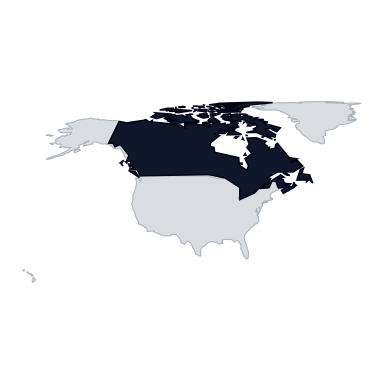 Canada highlighted, Equal Earth projection
{"feature_id": "CAN", "entity_name": "Canada", "entity_type": "country or territory", "adm_level": 0, "iso_a3": "CAN", "parent_name": "North America", "parent_adm1": "", "projection": "equal_earth", "projection_center": [-89.555, 62.395], "detail": "fine", "context": "with_neighbors", "style": "filled", "palette": "ink", "viewbox_px": 384, "rotation_deg": 0, "n_neighbors": 2, "source": "natural_earth", "source_scale": "50m", "svg_char_len": 11435}
<svg xmlns="http://www.w3.org/2000/svg" viewBox="0 0 384 384"><path d="M140.8,175.8L208.4,175.8L208.4,174.6L209.3,174.5L209.6,176.3L210.4,176.8L214.6,177.5L217.0,178.5L219.0,178.0L222.8,178.8L225.0,177.9L233.7,182.4L234.0,183.2L234.6,183.6L234.4,183.9L235.6,183.6L236.2,184.9L237.3,185.3L237.0,185.9L239.7,187.4L240.9,193.2L238.6,198.2L238.9,199.0L239.8,199.6L249.2,195.6L248.5,193.6L249.6,193.1L254.4,193.0L255.2,191.8L259.1,188.5L267.5,188.5L267.7,187.7L269.5,187.0L270.7,183.1L272.3,180.6L273.2,181.5L274.8,180.9L276.0,181.9L276.6,186.2L279.0,189.2L271.5,192.9L270.0,195.6L270.1,197.3L271.1,199.1L272.2,199.2L271.8,198.0L272.7,198.7L272.5,199.7L265.2,201.1L263.1,202.1L266.8,201.4L267.7,202.1L264.1,203.1L262.5,203.1L262.5,202.7L261.8,203.6L262.6,203.8L262.2,206.2L260.5,208.9L260.2,208.0L258.7,207.0L259.4,208.8L260.1,209.4L260.2,210.7L258.1,214.9L258.5,212.4L257.1,211.0L256.6,208.2L256.2,209.7L256.9,211.9L255.1,211.3L257.0,212.4L257.3,215.8L258.1,216.0L259.0,220.7L257.5,223.4L254.7,224.4L253.1,226.5L251.7,226.8L250.4,228.1L250.1,229.3L247.2,231.6L244.5,235.5L244.2,238.1L244.7,240.6L247.0,246.4L247.1,248.0L248.5,252.3L248.4,256.2L247.8,258.5L247.0,259.0L245.6,258.5L245.1,256.9L244.0,256.0L240.7,248.5L241.2,246.1L240.4,244.0L238.1,241.0L237.1,240.4L234.3,242.1L232.5,240.2L230.7,239.3L227.6,239.7L225.2,239.3L222.0,240.2L222.5,241.1L222.4,242.6L223.0,243.3L222.5,243.8L221.5,243.3L220.4,244.0L218.4,243.9L216.4,241.9L214.0,242.4L212.0,241.5L207.9,242.6L205.4,245.4L202.6,247.0L201.0,248.7L200.4,250.4L200.3,253.0L200.9,256.0L199.8,256.1L195.7,254.2L194.4,249.8L192.8,247.7L190.7,243.0L188.8,241.5L186.5,241.6L184.7,244.5L182.4,243.4L181.1,242.3L179.7,238.4L175.9,234.3L171.2,234.3L171.1,235.8L163.5,235.9L153.5,231.6L153.8,230.8L147.2,231.5L147.0,229.7L145.5,227.6L144.2,227.2L144.1,226.2L142.6,226.0L141.7,225.0L139.3,224.7L138.7,224.1L138.6,222.1L136.5,218.6L134.9,213.7L135.1,212.9L132.6,208.9L132.6,206.1L131.6,204.2L132.6,201.4L133.0,198.5L132.7,195.9L134.2,192.8L136.0,186.8L136.4,182.5L135.7,178.3L136.2,177.7L139.5,178.8L140.2,181.8L141.0,180.9L140.8,175.8ZM119.3,121.3L108.6,143.2L110.8,143.3L112.6,144.0L115.0,146.9L117.7,145.4L120.3,144.5L120.9,145.9L123.7,148.2L125.7,153.3L129.0,155.1L128.5,156.9L126.8,158.3L124.1,156.3L124.3,153.9L122.1,151.6L121.7,149.0L116.1,148.8L113.8,148.0L110.3,145.2L104.9,143.8L101.7,144.0L95.9,141.7L93.1,142.2L92.7,144.0L88.6,144.8L83.4,146.2L83.9,144.7L86.2,142.1L89.0,141.3L88.7,140.7L85.2,142.1L82.7,143.8L78.5,145.7L79.5,147.0L76.4,148.9L70.6,150.9L69.4,152.2L65.1,153.6L63.7,154.9L60.4,156.1L58.9,155.9L51.0,158.6L46.6,159.5L46.5,159.0L55.8,155.2L58.8,154.9L60.6,153.7L64.6,152.1L67.6,150.5L69.2,148.5L71.2,146.9L68.1,147.7L67.7,147.2L65.9,148.2L65.2,146.8L64.1,147.8L64.0,146.5L61.1,147.5L59.8,147.5L60.5,145.9L61.5,145.0L60.6,144.0L57.4,144.5L55.2,142.7L56.2,141.2L55.2,140.1L57.0,138.7L59.7,137.3L61.4,136.0L63.2,135.8L64.4,136.2L66.9,135.0L68.3,135.2L70.5,134.5L70.8,133.4L69.9,133.0L72.1,132.1L68.2,132.6L67.2,133.1L65.9,132.6L62.7,132.9L60.0,132.3L59.8,131.4L58.1,130.0L67.2,128.0L68.9,128.0L67.8,129.1L72.3,129.0L71.6,127.6L69.7,126.8L67.8,124.8L65.5,124.1L67.5,123.0L71.1,122.9L74.4,122.0L75.6,121.0L78.4,120.1L84.9,119.0L86.6,119.1L90.4,118.1L93.1,118.5L93.9,119.3L95.0,119.0L98.3,119.1L97.9,119.5L100.7,119.9L102.8,119.7L111.7,120.7L114.6,120.4L119.3,121.3ZM47.2,134.5L48.1,134.9L49.6,134.7L52.8,135.6L50.4,136.4L48.7,135.4L46.7,135.6L46.3,135.4L47.2,134.5ZM34.3,278.0L35.7,280.1L32.9,282.4L32.3,281.9L32.2,279.4L33.0,278.3L33.1,277.2L34.3,278.0ZM33.0,275.3L31.7,276.1L31.1,274.7L31.4,274.4L33.0,275.3ZM31.1,273.8L31.0,274.2L29.5,274.1L29.7,273.6L31.1,273.8ZM27.9,271.7L28.7,273.2L28.5,273.4L27.3,273.2L27.0,272.2L27.9,271.7ZM24.4,269.8L23.9,271.1L23.0,270.4L23.7,269.7L24.4,269.8ZM52.6,143.0L54.2,143.2L53.7,144.2L52.1,144.6L50.1,143.4L52.6,143.0ZM78.4,149.4L79.8,149.6L80.3,150.5L74.9,152.8L74.1,152.1L74.4,150.8L78.4,149.4Z" fill="#d9dde1" stroke="#a8b0b8" stroke-width="1"/><path d="M298.3,102.4L304.0,101.9L310.2,101.9L312.3,101.7L318.5,101.6L332.7,101.7L344.3,102.3L341.3,102.6L325.0,102.7L326.0,102.9L332.3,102.8L337.9,103.1L341.1,102.8L342.9,103.2L341.4,103.7L345.7,103.4L354.0,103.0L359.6,103.2L361.0,103.6L354.3,104.3L353.5,104.6L347.9,104.7L352.1,104.8L349.9,106.4L351.2,107.9L354.2,108.8L351.3,108.8L348.6,109.3L352.7,110.0L354.2,111.3L352.3,111.5L355.9,112.9L351.8,113.0L354.5,113.7L354.3,114.3L349.2,114.5L352.5,115.7L353.1,116.5L348.7,115.8L348.0,116.3L351.0,116.7L354.4,117.9L356.3,119.4L353.0,119.8L347.8,117.9L349.3,119.2L347.7,120.3L355.8,120.5L347.3,123.8L339.6,124.6L337.9,125.4L336.4,127.7L332.7,129.3L326.1,130.5L325.0,131.9L325.7,133.6L325.4,135.2L322.7,137.1L324.4,139.1L324.1,143.7L321.1,143.9L317.1,141.8L312.7,141.8L310.0,140.3L307.7,137.9L302.9,134.8L301.3,133.3L300.3,131.2L296.6,129.0L296.8,127.4L295.2,126.6L296.3,124.1L299.0,123.3L299.5,122.4L299.2,120.9L294.6,122.2L291.9,121.5L291.2,120.1L291.6,119.1L297.7,119.6L291.8,117.7L289.9,118.0L288.1,117.5L289.7,115.8L283.3,112.2L280.6,111.6L280.4,110.9L275.1,110.0L261.5,110.1L255.8,108.7L260.6,108.3L264.3,108.2L256.3,107.9L252.0,107.3L252.2,106.8L265.5,105.6L266.1,105.2L261.1,104.8L262.5,104.4L268.6,103.7L271.1,103.6L270.2,103.1L279.8,102.8L285.3,102.7L287.4,103.0L291.9,102.5L302.7,103.2L298.2,102.7L298.3,102.4Z" fill="#d9dde1" stroke="#a8b0b8" stroke-width="1"/><path d="M128.9,155.2L120.3,144.5L115.0,146.9L112.9,143.1L108.6,143.2L119.2,121.4L129.7,123.4L128.8,122.5L142.5,120.5L135.4,122.2L133.6,123.1L133.9,123.3L145.9,119.6L149.5,122.0L152.4,120.4L152.3,122.0L172.6,124.0L169.9,125.2L180.3,124.9L185.4,128.4L184.5,125.2L189.3,123.6L184.1,123.6L188.6,122.9L205.9,125.7L203.6,124.1L206.2,123.8L209.1,124.3L210.0,127.0L208.0,126.9L209.2,127.9L208.7,127.2L210.1,127.1L210.4,126.4L210.1,124.8L214.2,123.5L208.2,120.3L212.2,116.9L218.1,120.4L215.4,121.4L220.4,121.8L218.7,122.2L220.7,124.3L225.1,123.1L226.6,126.6L231.5,123.2L230.2,121.0L238.9,123.3L236.3,123.9L238.7,126.9L234.8,128.4L232.4,127.1L231.8,127.0L231.2,127.2L233.9,128.8L228.0,128.1L229.6,129.0L226.5,130.8L221.7,129.4L218.2,129.4L227.4,131.1L225.2,133.5L213.3,133.6L219.6,135.6L210.6,142.7L210.0,146.5L214.0,147.4L214.7,152.3L238.7,157.6L239.2,163.5L240.5,165.9L246.7,170.3L248.5,165.8L245.0,158.7L251.9,153.5L246.9,147.6L249.2,143.9L246.8,138.1L256.3,137.7L266.1,141.4L263.9,143.9L267.1,145.8L265.5,147.3L269.5,147.3L268.4,149.6L275.0,148.2L275.6,144.6L277.4,143.3L289.2,157.6L297.0,158.9L290.6,161.7L291.0,162.8L297.2,160.2L302.7,166.0L293.3,171.9L277.8,172.0L267.5,177.5L270.7,178.6L267.5,182.7L265.3,183.5L260.3,186.8L254.4,193.0L239.8,199.6L239.7,187.4L225.0,177.9L208.4,174.6L140.2,175.8L137.2,170.0L130.5,169.1L133.4,167.5L131.1,166.0L133.6,166.4L133.5,164.1L131.1,165.8L130.1,167.2L130.7,161.1L126.4,161.5L128.9,155.2ZM227.9,118.7L231.4,118.7L231.6,117.6L229.2,116.9L232.3,115.4L230.0,114.9L237.3,113.9L240.0,115.5L238.9,117.0L246.6,115.6L251.9,116.8L250.7,118.3L257.2,117.8L255.5,119.1L263.8,119.5L260.9,120.6L268.0,122.2L262.9,123.0L280.4,127.8L276.7,131.7L272.4,129.8L274.1,128.5L265.3,128.8L275.7,134.6L274.8,137.3L266.1,134.6L272.5,139.2L256.5,132.5L246.1,132.5L255.5,130.4L253.5,128.9L257.7,126.5L253.8,123.4L248.3,123.4L250.0,122.3L242.9,119.5L237.8,120.5L239.3,121.3L225.4,120.2L222.3,118.6L226.8,118.7L221.2,117.0L223.7,114.4L230.8,113.7L227.7,115.5L228.6,117.1L231.0,118.1L227.9,118.7ZM257.7,102.1L272.6,102.6L245.1,105.5L249.5,106.0L242.1,106.0L249.8,106.4L236.0,108.3L243.6,108.9L238.5,109.9L222.1,109.5L227.2,108.5L224.9,107.7L231.5,108.2L233.1,108.1L234.9,107.4L225.8,107.1L227.1,106.4L233.6,106.4L236.3,106.1L227.6,104.7L238.6,105.4L234.0,104.6L244.9,104.0L241.6,103.9L244.8,103.5L230.0,104.4L227.4,104.3L233.3,103.7L225.4,104.2L222.6,104.0L227.6,103.8L230.4,103.6L218.3,103.3L257.7,102.1ZM173.7,115.8L182.6,115.1L186.3,117.6L186.1,114.8L189.5,114.7L192.6,118.6L199.4,121.1L194.3,121.4L197.5,122.4L195.2,123.1L187.8,121.8L174.6,123.8L167.0,120.6L178.2,120.1L166.6,119.5L165.2,118.8L171.6,117.8L164.5,117.3L169.9,115.0L174.6,114.6L173.7,115.8ZM278.5,188.0L276.0,181.8L272.3,180.6L269.0,187.7L259.5,188.5L280.6,174.9L284.1,177.2L278.3,178.8L283.4,179.8L284.5,184.5L293.7,187.6L283.3,193.4L281.4,190.2L287.8,187.3L278.5,188.0ZM155.1,112.8L172.4,114.2L156.5,118.6L151.2,116.9L156.5,113.8L155.1,112.8ZM217.9,103.7L225.5,104.5L230.3,105.8L218.7,107.1L213.7,106.1L218.9,105.7L209.0,104.8L217.9,103.7ZM213.3,108.9L223.3,111.0L236.0,110.4L241.3,111.9L218.4,112.3L215.5,109.7L208.4,109.1L213.3,108.9ZM174.6,109.4L192.1,110.6L178.4,112.7L174.9,112.3L181.5,111.4L169.1,111.3L174.6,109.4ZM303.6,168.0L301.6,173.8L309.6,174.8L312.8,183.1L309.2,179.3L305.9,182.5L307.9,180.0L296.9,180.1L300.2,169.6L303.6,168.0ZM199.1,114.2L203.7,113.8L207.6,113.7L204.9,115.2L208.5,115.6L208.3,117.2L203.2,118.1L196.6,115.5L201.6,115.2L199.1,114.2ZM229.9,129.6L232.7,130.5L241.9,134.4L227.2,134.9L229.9,129.6ZM210.4,113.9L220.6,113.6L211.1,116.8L210.4,113.9ZM173.9,108.2L170.3,109.8L159.6,110.0L167.3,108.3L173.9,108.2ZM206.9,109.5L206.1,111.7L197.2,110.8L200.6,110.5L199.2,109.5L206.9,109.5ZM192.8,106.0L202.9,106.4L204.7,107.4L192.8,106.0ZM128.6,170.5L135.3,171.7L139.4,177.5L128.6,170.5ZM238.8,113.9L245.8,114.2L248.1,115.3L238.8,113.9ZM201.9,122.7L208.5,122.0L210.6,123.1L201.9,122.7ZM214.5,111.7L212.6,112.3L208.7,111.7L212.1,110.7L214.5,111.7ZM207.8,106.4L212.2,107.3L206.0,106.4L207.8,106.4ZM248.1,124.4L251.5,126.0L247.3,125.9L248.1,124.4ZM180.2,107.4L185.1,107.3L178.3,107.6L180.2,107.4ZM193.2,114.1L190.1,114.5L188.7,114.2L193.2,114.1ZM294.2,182.0L294.2,186.1L295.0,184.3L296.4,185.4L294.5,186.6L292.5,186.2L294.2,182.0ZM183.0,106.4L185.7,106.9L178.5,106.9L183.0,106.4ZM289.8,175.5L286.7,175.1L282.9,173.0L286.9,173.6L289.8,175.5ZM238.3,136.5L236.2,138.3L234.3,137.8L235.4,136.6L238.3,136.5ZM120.3,162.7L123.6,160.2L122.0,162.8L120.3,162.7ZM209.7,107.9L214.6,107.7L215.5,107.8L209.7,107.9ZM197.4,109.7L196.2,110.5L194.3,110.0L197.4,109.7ZM284.6,183.1L286.5,183.5L290.7,183.9L288.9,185.4L284.6,183.1ZM242.7,138.0L243.6,139.7L242.3,139.3L242.7,138.0ZM169.7,110.0L167.0,110.9L165.9,110.8L169.7,110.0ZM220.9,107.9L219.4,108.3L219.1,108.0L220.9,107.9ZM193.0,107.8L193.0,108.5L191.6,107.7L193.0,107.8ZM120.7,163.2L121.8,163.9L122.9,166.1L120.7,163.2ZM241.9,163.0L242.1,164.2L239.8,163.4L241.9,163.0ZM203.7,104.8L205.0,105.3L202.9,104.9L203.7,104.8ZM195.5,111.4L193.5,111.6L193.1,111.5L195.5,111.4ZM194.0,109.3L195.7,109.3L196.9,109.5L194.0,109.3ZM128.5,163.6L129.7,165.0L129.1,165.7L128.5,163.6ZM254.9,124.9L252.8,125.3L252.2,124.8L254.9,124.9ZM245.2,153.4L246.0,155.2L244.1,155.2L245.2,153.4ZM176.5,107.3L175.8,107.7L175.1,107.4L176.5,107.3ZM206.6,113.2L204.0,113.7L203.2,113.5L206.6,113.2ZM246.3,135.2L247.8,135.8L245.6,135.3L246.3,135.2ZM243.7,122.9L244.0,122.0L244.8,122.1L243.7,122.9ZM228.5,124.5L227.4,124.6L227.9,124.2L228.5,124.5ZM200.9,107.7L198.4,107.7L200.9,107.7ZM240.3,121.1L241.3,121.7L239.6,121.3L240.3,121.1ZM221.4,109.0L220.9,109.4L220.2,109.1L221.4,109.0ZM232.7,129.1L235.3,130.0L233.4,129.8L232.7,129.1ZM176.8,108.9L177.1,109.1L175.0,109.0L176.8,108.9ZM276.0,139.7L274.7,140.0L274.6,139.7L276.0,139.7ZM247.9,122.0L246.7,122.3L246.6,121.9L247.9,122.0ZM232.1,129.6L231.4,129.8L231.2,129.2L232.1,129.6ZM209.3,110.7L208.3,111.1L208.0,111.0L209.3,110.7ZM263.2,137.0L262.6,137.4L261.5,136.7L263.2,137.0ZM251.5,123.5L250.9,123.8L250.7,123.6L251.5,123.5ZM242.2,110.0L241.2,110.4L240.6,110.4L242.2,110.0ZM127.0,162.3L126.8,163.1L125.8,162.0L127.0,162.3Z" fill="#0f172a" stroke="#020617" stroke-width="1.5"/></svg>